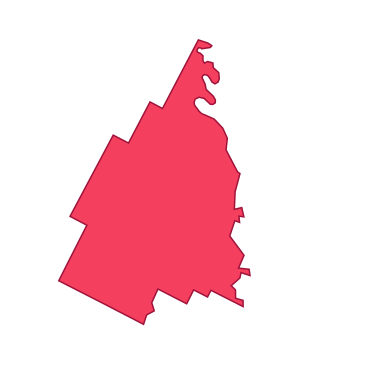 the district of Gibson, Indiana, United States of America, rotated 117°
{"feature_id": "52423323B43941420318175", "entity_name": "Gibson", "entity_type": "district", "adm_level": 2, "iso_a3": "USA", "parent_name": "United States of America", "parent_adm1": "Indiana", "projection": "mercator", "projection_center": [-87.738, 38.349], "detail": "fine", "context": "isolated", "style": "filled", "palette": "rose", "viewbox_px": 384, "rotation_deg": 117, "n_neighbors": 0, "source": "geoboundaries", "source_scale": "gbopen_adm2", "svg_char_len": 1237}
<svg xmlns="http://www.w3.org/2000/svg" viewBox="0 0 384 384"><g transform="rotate(117 192 192)"><path d="M270.9,94.4L265.4,97.3L266.9,104.9L259.5,108.8L257.7,114.5L246.9,110.3L241.6,111.7L240.1,102.4L234.9,106.0L238.7,116.0L224.8,116.9L214.1,138.4L198.1,140.8L197.5,135.8L192.2,139.2L190.6,134.5L183.3,140.6L188.2,146.4L172.2,153.7L153.8,157.6L153.4,160.5L147.4,169.0L139.0,180.8L128.1,184.9L121.2,193.5L117.0,205.2L117.4,214.5L117.8,218.7L117.0,221.9L113.6,228.9L111.5,230.7L107.9,231.4L104.4,228.8L103.1,223.7L105.5,215.5L104.4,213.1L102.0,211.8L99.4,212.9L97.0,216.4L95.4,222.0L94.1,226.1L90.0,229.2L85.5,235.0L83.7,235.2L81.7,234.2L81.0,231.1L82.6,227.7L85.0,224.0L85.2,220.6L82.2,218.7L78.7,219.1L73.5,222.4L71.5,229.5L67.5,232.0L68.7,237.4L71.6,239.4L69.9,242.0L65.7,244.0L64.6,247.5L64.9,250.1L64.0,251.7L61.9,252.0L60.4,251.5L59.7,249.7L60.0,248.4L55.0,241.4L52.8,240.7L52.7,241.3L52.4,241.9L52.1,245.5L52.7,249.7L53.6,255.4L131.0,256.2L130.8,270.3L177.2,270.8L177.1,288.0L269.1,289.6L269.3,270.6L315.7,270.5L331.6,270.4L331.6,246.9L331.6,223.8L331.9,175.1L322.1,176.6L315.0,171.7L308.9,177.6L293.9,178.3L294.0,146.0L278.5,146.1L278.5,130.5L271.0,130.5L270.9,94.4Z" fill="#f43f5e" stroke="#9f1239" stroke-width="1.5"/></g></svg>